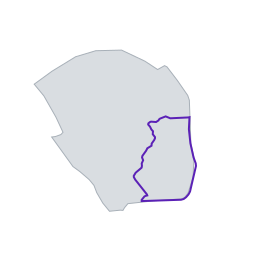 Hhohho highlighted on a map of eSwatini, rotated 145°
{"feature_id": "SWZ-534", "entity_name": "Hhohho", "entity_type": "District", "adm_level": 1, "iso_a3": "SWZ", "parent_name": "eSwatini", "parent_adm1": "", "projection": "orthographic", "projection_center": [31.368, -26.096], "detail": "coarse", "context": "in_parent", "style": "outline", "palette": "violet", "viewbox_px": 256, "rotation_deg": 145, "n_neighbors": 0, "source": "natural_earth", "source_scale": "10m", "svg_char_len": 1217}
<svg xmlns="http://www.w3.org/2000/svg" viewBox="0 0 256 256"><g transform="rotate(145 128 128)"><path d="M179.4,63.4L181.4,65.1L190.9,70.4L191.7,80.9L190.7,92.9L188.8,100.5L189.4,108.0L192.4,119.8L195.2,127.9L195.7,164.4L192.5,162.7L186.7,161.1L183.7,161.8L180.8,178.2L178.5,202.6L179.7,217.7L157.8,218.1L130.0,216.4L110.1,209.8L88.6,195.5L75.8,173.0L70.2,158.9L62.3,158.1L61.0,155.7L60.3,138.5L60.4,120.4L61.8,115.6L76.3,93.2L85.3,79.4L90.9,65.9L103.1,50.2L116.3,40.2L121.2,38.7L124.5,39.1L147.7,53.0L171.5,66.1L176.6,64.7L179.4,63.4Z" fill="#d9dde1" stroke="#a8b0b8" stroke-width="1"/><path d="M123.1,37.9L125.7,38.8L158.7,60.3L158.0,61.3L153.8,62.5L152.5,62.3L150.9,61.7L150.6,62.7L151.7,81.6L151.4,84.4L150.7,85.5L147.3,87.0L139.6,87.7L138.3,89.0L137.1,91.1L134.1,92.9L133.4,95.8L132.2,96.9L126.2,99.0L123.8,100.3L118.9,100.0L117.5,101.7L113.5,103.1L111.8,104.1L111.1,105.1L111.3,108.7L109.4,111.0L109.7,113.3L109.2,116.5L109.5,119.2L108.7,120.1L106.8,120.3L105.5,120.0L101.6,116.8L98.8,116.7L97.3,117.3L96.3,117.3L90.5,115.9L87.8,111.7L72.6,102.1L71.4,101.6L78.8,92.1L85.7,79.6L91.2,66.3L92.8,60.2L94.1,57.9L113.6,40.4L116.5,38.9L120.1,38.0L123.1,37.9Z" fill="none" stroke="#5b21b6" stroke-width="2"/></g></svg>